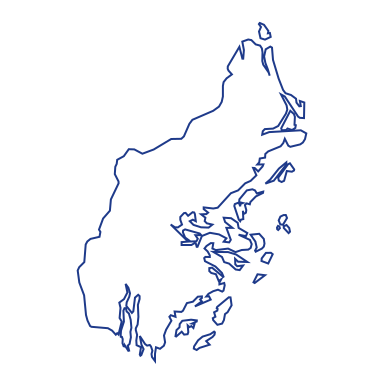 Stockholm, Albers equal-area conic projection
{"feature_id": "SWE-194", "entity_name": "Stockholm", "entity_type": "County", "adm_level": 1, "iso_a3": "SWE", "parent_name": "Sweden", "parent_adm1": "", "projection": "albers", "projection_center": [18.361, 59.539], "detail": "fine", "context": "isolated", "style": "outline", "palette": "blue", "viewbox_px": 384, "rotation_deg": 0, "n_neighbors": 0, "source": "natural_earth", "source_scale": "10m", "svg_char_len": 6080}
<svg xmlns="http://www.w3.org/2000/svg" viewBox="0 0 384 384"><path d="M239.4,46.8L242.4,58.7L243.2,58.7L243.9,50.1L242.3,41.6L248.2,39.5L251.4,40.1L255.7,44.4L260.1,45.6L261.9,48.4L262.5,52.4L262.3,61.0L263.2,64.6L268.7,72.6L269.7,75.7L267.8,69.3L265.4,63.0L264.1,56.5L265.7,49.3L270.3,46.6L272.0,47.6L273.0,59.9L278.6,78.5L283.1,90.0L285.5,93.2L291.0,95.0L296.0,98.7L296.5,102.6L299.3,106.3L300.8,106.1L299.9,101.0L304.3,102.5L304.0,118.1L299.8,117.8L298.1,116.6L284.8,96.5L281.0,94.4L286.6,105.4L287.3,109.6L285.9,113.7L278.2,126.0L273.1,128.6L264.8,129.1L262.8,131.2L262.2,134.7L269.2,132.1L300.8,130.3L306.3,133.4L305.0,139.1L302.9,142.5L300.2,144.4L290.3,146.8L288.3,145.7L284.8,138.8L283.3,143.0L280.6,146.3L268.2,151.4L265.3,154.0L265.1,157.6L259.8,158.5L259.2,162.4L257.3,164.5L263.4,164.4L262.6,166.4L258.2,171.4L254.7,168.0L253.1,167.9L256.4,175.3L250.6,180.9L245.2,183.3L238.1,190.4L230.9,193.2L217.7,207.7L213.3,208.5L203.7,207.4L203.7,209.1L208.1,212.6L206.3,214.1L201.1,214.3L205.4,217.7L204.7,221.1L206.8,223.3L212.4,224.6L208.6,227.6L201.0,227.3L193.5,224.9L189.8,221.2L192.8,219.7L195.8,221.2L194.9,214.1L194.2,212.5L192.6,212.2L188.1,215.8L185.6,212.9L184.0,213.1L180.3,217.0L180.3,219.8L182.0,224.6L177.9,227.4L174.9,227.3L170.7,224.5L188.1,241.6L181.6,242.1L181.6,245.0L191.4,245.0L194.5,243.2L195.8,243.5L196.7,246.8L197.5,246.8L201.9,236.0L209.9,232.8L219.0,234.4L226.4,238.3L223.7,241.7L229.2,242.4L230.8,239.8L226.4,227.9L232.5,227.9L225.1,222.0L223.7,217.7L231.1,218.2L237.7,222.8L238.6,227.9L247.3,233.0L245.9,236.1L238.6,234.7L249.9,239.9L251.7,244.1L250.7,247.9L248.3,249.6L241.7,250.0L235.5,252.1L228.1,248.6L215.8,250.1L212.4,248.5L213.3,243.2L210.8,243.1L206.5,246.0L204.5,248.5L207.6,251.4L209.8,255.3L209.8,257.0L205.4,256.9L204.2,258.1L205.0,261.2L215.4,266.5L221.9,272.9L223.8,277.4L212.1,267.7L209.3,268.1L209.3,271.1L211.3,273.0L215.9,274.2L218.7,280.9L221.2,279.3L219.4,282.7L219.4,284.4L224.2,283.0L224.7,285.3L223.5,290.6L222.2,291.6L218.0,289.7L213.2,291.2L208.5,293.8L206.3,296.5L209.0,296.3L210.7,299.6L194.9,306.4L201.8,301.3L200.1,299.5L201.9,298.0L201.9,296.4L197.8,296.7L192.9,301.7L186.9,303.1L183.0,310.7L181.4,311.9L174.6,311.5L175.5,316.8L170.8,315.2L169.4,316.8L171.4,320.7L166.1,329.7L164.0,335.5L165.1,342.3L163.9,345.7L160.0,348.8L156.0,347.3L155.0,353.8L155.0,361.0L152.0,357.0L151.5,354.0L152.4,350.7L151.0,346.5L149.8,345.0L147.1,345.6L145.1,344.1L139.8,336.0L141.5,344.8L143.6,349.1L141.3,355.1L140.4,355.7L139.8,354.6L141.0,347.2L136.6,345.2L136.3,340.5L137.1,334.9L135.8,330.1L135.8,328.3L137.6,324.6L138.4,316.9L137.9,304.9L139.6,299.0L139.6,296.1L138.2,294.8L135.0,297.6L133.3,311.4L131.9,312.9L126.3,305.9L126.7,302.3L129.3,296.7L130.0,293.3L128.4,287.8L125.6,283.9L127.4,292.5L124.0,299.1L119.3,302.6L120.5,307.9L119.6,318.0L121.7,321.5L118.5,334.5L117.2,333.2L115.8,334.7L112.1,330.6L107.9,328.2L91.4,326.8L90.1,326.0L87.5,320.5L86.0,315.0L84.1,295.3L79.3,282.5L77.7,270.5L79.2,267.2L84.3,262.1L85.7,244.5L87.3,241.5L90.5,238.9L99.5,236.8L100.4,231.9L99.0,229.6L103.1,218.5L109.9,210.7L110.9,199.4L118.6,183.3L118.5,181.4L114.8,174.1L115.3,166.8L116.7,163.9L117.2,159.8L123.8,156.2L128.8,149.2L134.3,149.4L142.4,153.7L153.7,149.5L171.2,139.0L181.3,138.8L183.9,136.4L189.4,123.8L192.4,119.8L213.2,110.8L219.0,106.6L221.7,101.9L222.9,96.5L222.9,86.0L223.6,82.1L226.6,78.3L231.9,74.4L228.5,70.6L227.7,68.8L227.8,66.4L239.4,46.8ZM255.9,196.4L250.4,202.0L249.8,204.3L246.7,203.4L244.9,205.0L246.3,210.1L245.9,212.7L244.5,213.6L243.4,212.9L242.9,210.8L243.3,219.1L240.9,219.7L240.2,221.2L238.8,219.6L234.3,206.0L234.8,204.1L237.8,202.9L239.2,203.5L240.2,206.3L240.5,203.9L242.8,203.0L239.1,202.1L239.4,199.3L246.8,190.4L252.4,189.3L255.0,190.4L256.8,193.4L263.2,191.6L263.0,192.9L255.9,196.4ZM131.4,327.8L130.4,331.9L130.9,337.3L129.9,342.2L129.6,343.9L127.8,345.6L129.1,350.6L128.3,350.8L124.8,345.3L124.7,346.5L123.6,346.2L122.5,343.2L122.7,339.1L121.9,336.9L120.8,336.8L120.7,335.0L121.0,330.6L123.9,321.7L123.4,310.7L124.5,308.2L125.9,308.1L126.6,311.4L128.9,313.5L130.7,319.9L131.4,327.8ZM230.5,297.4L231.6,305.3L227.6,312.2L225.0,314.1L223.9,320.1L222.1,323.6L217.4,324.8L213.2,320.1L212.8,318.2L215.4,316.7L214.1,312.3L217.3,310.6L217.6,308.9L216.7,308.2L217.1,307.0L228.8,297.3L230.5,297.4ZM224.2,262.1L222.0,257.0L213.3,251.9L228.2,252.1L236.1,254.5L247.4,262.0L238.1,261.7L235.1,258.8L235.3,264.4L237.2,266.2L243.1,265.5L239.7,270.1L235.7,269.5L229.1,263.6L224.2,262.1ZM294.5,124.8L295.8,125.2L295.3,128.0L292.0,130.0L287.5,128.5L286.3,130.0L281.9,130.3L281.2,128.3L290.3,110.8L293.9,114.0L294.9,116.8L294.5,124.8ZM194.5,324.1L193.4,328.0L191.4,326.1L189.5,327.1L187.7,325.4L188.3,332.2L187.6,334.2L184.1,334.6L181.7,331.7L176.2,336.5L175.5,336.2L176.5,330.1L179.5,327.3L179.7,324.1L182.3,320.8L191.1,319.7L196.8,320.4L196.7,321.5L192.0,323.6L194.5,324.1ZM210.3,334.2L214.1,331.6L214.9,332.3L214.5,334.7L212.5,337.0L206.2,341.1L209.6,344.7L199.5,347.9L196.7,350.0L193.8,348.6L194.1,346.4L198.1,340.3L202.6,336.6L210.3,334.2ZM255.4,241.6L250.6,234.7L259.2,233.8L263.8,238.9L264.5,243.6L263.8,246.6L261.9,248.6L255.7,251.7L255.1,250.6L256.7,247.5L255.4,241.6ZM183.1,230.5L185.1,229.4L199.7,233.5L201.2,235.1L195.4,235.2L197.8,238.8L196.4,241.3L190.5,241.5L185.1,237.5L182.9,232.3L183.1,230.5ZM259.0,31.5L261.0,27.0L258.9,24.1L259.7,23.0L264.0,24.8L268.4,31.0L267.9,33.3L269.9,33.0L270.7,36.9L265.0,39.6L260.5,38.2L259.0,31.5ZM289.9,163.3L294.2,169.4L294.0,170.5L291.9,171.7L286.8,171.0L284.1,180.8L281.6,182.0L278.8,180.6L278.2,177.7L288.0,164.3L289.9,163.3ZM286.3,164.6L273.8,180.7L265.4,183.6L270.3,179.4L278.9,168.6L286.3,162.4L286.3,164.6ZM270.9,252.8L272.7,254.2L268.2,263.5L261.5,261.0L261.7,258.4L265.9,252.9L270.9,252.8ZM287.0,218.0L283.0,224.7L280.3,224.4L278.7,220.4L280.4,216.6L283.5,215.1L285.8,215.0L287.0,218.0ZM257.5,274.3L265.0,275.2L254.7,283.0L253.5,282.3L257.5,274.3ZM289.2,228.0L290.0,231.7L288.6,233.1L283.8,228.0L283.7,226.3L286.5,225.0L289.2,228.0ZM278.0,225.9L279.4,226.6L279.9,228.2L278.2,230.0L277.2,229.2L277.0,227.6L278.0,225.9Z" fill="none" stroke="#1e3a8a" stroke-width="2"/></svg>